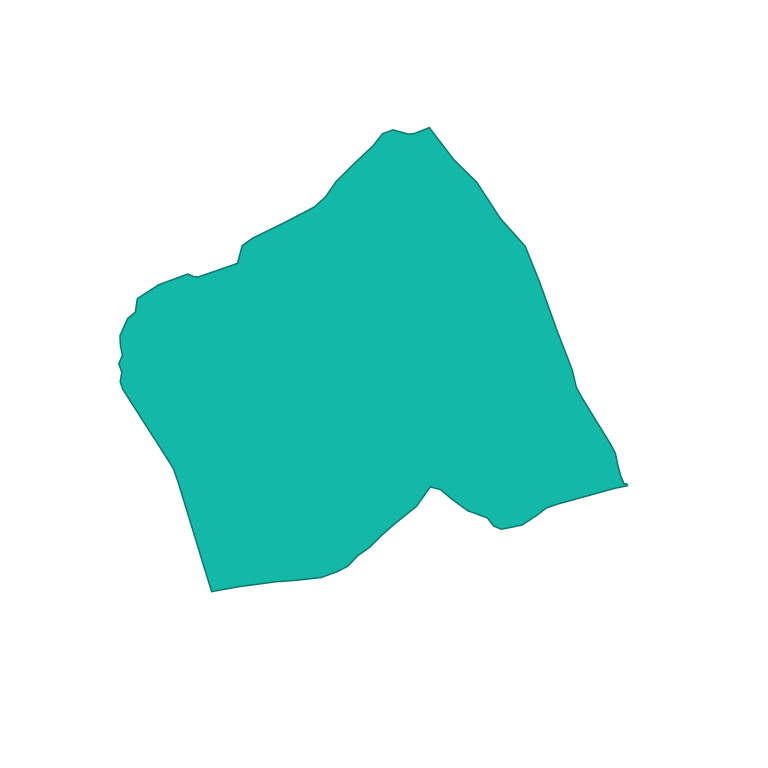 Um Durein, South Kordufan, Sudan (Equal Earth projection), rotated 111°
{"feature_id": "16777658B25432504907328", "entity_name": "Um Durein", "entity_type": "district", "adm_level": 2, "iso_a3": "SDN", "parent_name": "Sudan", "parent_adm1": "South Kordufan", "projection": "equal_earth", "projection_center": [30.166, 10.926], "detail": "fine", "context": "isolated", "style": "filled", "palette": "teal", "viewbox_px": 768, "rotation_deg": 111, "n_neighbors": 0, "source": "geoboundaries", "source_scale": "gbopen_adm2", "svg_char_len": 1395}
<svg xmlns="http://www.w3.org/2000/svg" viewBox="0 0 768 768"><g transform="rotate(111 384 384)"><path d="M372.7,630.6L372.9,630.5L383.3,638.1L384.7,639.1L392.7,644.9L399.7,643.3L405.9,641.9L414.7,646.8L425.4,647.4L433.6,647.8L442.5,643.9L451.3,638.4L460.1,638.9L465.2,634.5L465.6,634.2L467.1,633.0L474.9,631.4L476.6,631.0L482.5,626.1L497.8,605.3L504.9,595.7L512.8,585.0L520.4,574.6L538.3,550.5L540.1,548.9L548.2,542.1L551.0,539.8L597.7,503.3L618.4,487.2L637.3,472.3L637.5,472.2L639.0,471.0L639.4,470.6L639.6,470.5L625.5,447.3L607.9,415.1L598.3,394.7L587.3,373.5L576.2,360.6L566.9,352.4L553.4,346.8L541.3,338.7L526.1,332.0L510.0,323.5L486.6,309.8L463.5,303.9L462.4,293.5L467.1,279.8L472.3,260.5L472.0,239.4L477.3,230.9L477.5,222.4L472.0,213.5L466.2,204.6L452.8,194.9L441.5,187.9L434.0,179.0L398.5,130.9L391.7,120.2L390.8,121.1L390.1,121.8L391.4,123.8L385.3,129.8L376.1,136.5L365.7,143.2L358.8,151.1L326.4,193.5L318.2,203.2L303.2,213.4L272.7,241.1L233.5,274.8L204.8,301.5L187.8,334.6L162.3,369.8L158.9,377.7L149.7,398.9L141.9,411.6L128.4,433.6L138.9,444.9L141.9,450.5L143.5,466.7L144.2,467.4L144.4,467.6L150.9,475.1L165.2,479.5L188.0,490.4L212.2,501.3L230.5,505.7L243.8,512.6L269.1,534.9L295.1,559.1L305.8,566.0L323.8,564.0L345.1,589.2L351.1,596.4L351.0,598.1L352.0,599.2L351.8,602.0L351.7,604.8L351.6,606.6L371.0,628.7L372.7,630.6Z" fill="#14b8a6" stroke="#0f766e" stroke-width="1.5"/></g></svg>